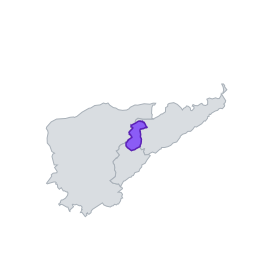 Paraguay and the surrounding countries, rotated 231°
{"feature_id": "PRY", "entity_name": "Paraguay", "entity_type": "country or territory", "adm_level": 0, "iso_a3": "PRY", "parent_name": "South America", "parent_adm1": "", "projection": "equal_earth", "projection_center": [-57.583, -23.42], "detail": "fine", "context": "with_neighbors", "style": "filled", "palette": "violet", "viewbox_px": 256, "rotation_deg": 231, "n_neighbors": 3, "source": "natural_earth", "source_scale": "50m", "svg_char_len": 6719}
<svg xmlns="http://www.w3.org/2000/svg" viewBox="0 0 256 256"><g transform="rotate(231 128 128)"><path d="M95.0,222.9L97.2,226.2L100.1,227.8L103.2,228.5L102.3,229.8L100.3,229.9L99.1,229.0L95.5,228.9L95.0,222.9ZM119.2,153.2L117.9,159.3L117.9,162.7L117.3,163.4L117.0,167.3L120.2,170.1L119.8,172.4L121.3,173.8L121.2,175.4L118.9,179.5L115.3,181.2L110.4,181.9L107.7,181.6L108.3,183.5L107.8,185.8L108.3,187.4L106.9,188.5L104.5,189.0L102.1,187.8L101.2,188.6L101.7,191.7L103.3,192.7L104.6,191.7L105.3,193.3L103.2,194.3L101.4,196.2L101.2,199.3L100.7,200.9L98.5,200.9L96.7,202.4L96.2,204.7L98.6,206.8L100.8,207.4L100.1,210.1L97.6,211.7L96.3,215.1L94.3,216.2L93.5,217.5L94.5,220.5L96.0,222.1L87.7,221.1L86.6,219.5L86.4,217.4L85.0,217.6L84.1,216.5L83.6,213.5L85.2,212.2L85.7,210.4L85.3,208.9L86.3,206.4L86.9,202.5L86.5,200.7L87.4,200.1L87.1,199.0L86.0,198.4L86.7,197.1L85.5,195.9L84.7,192.4L85.6,191.7L84.9,187.9L85.7,181.8L87.1,180.7L86.2,177.5L86.0,174.6L87.7,172.4L87.5,169.7L88.8,166.5L88.7,163.4L88.0,162.8L86.5,157.1L88.0,153.6L87.6,150.3L88.4,147.2L89.9,144.0L91.7,141.9L90.9,140.5L91.4,139.4L91.1,133.6L93.9,131.9L94.7,128.3L94.3,127.4L96.5,124.2L99.9,125.1L101.5,127.6L102.5,124.8L105.5,124.9L110.8,131.4L112.9,131.9L116.1,134.5L118.8,135.8L119.1,137.4L116.6,142.6L122.1,144.1L124.1,143.5L126.5,140.9L126.9,137.8L128.2,137.2L129.5,139.2L129.4,141.9L125.5,145.2L119.2,153.2Z" fill="#d9dde1" stroke="#a8b0b8" stroke-width="1"/><path d="M129.8,165.1L129.1,163.2L130.2,161.6L128.8,159.3L124.3,155.3L123.3,155.4L120.8,152.8L119.2,153.2L125.5,145.2L129.4,141.9L129.5,139.2L128.2,137.2L126.9,137.8L127.8,133.8L127.8,131.9L126.9,131.2L125.9,131.8L125.0,131.6L124.4,127.1L123.9,126.0L122.2,125.1L121.1,125.8L118.3,125.1L118.5,120.3L117.7,118.4L118.6,117.6L118.3,115.6L119.0,114.0L119.5,111.2L118.9,109.0L117.4,108.0L117.1,106.6L117.5,104.5L112.4,104.4L111.4,100.2L112.1,100.1L111.4,95.5L109.9,94.4L108.2,94.4L105.3,92.7L104.2,91.3L101.2,90.7L98.2,87.5L98.3,80.9L94.8,81.5L91.1,84.4L90.5,85.5L87.1,85.2L85.6,85.9L84.3,85.5L84.4,79.9L82.3,82.1L79.9,82.0L78.8,80.1L77.0,79.8L77.6,78.3L76.0,76.1L74.9,72.8L75.6,72.1L75.5,70.6L77.2,69.5L76.9,67.6L77.6,66.3L77.7,64.6L80.8,62.1L83.4,60.8L85.9,61.0L87.1,49.4L86.7,47.3L85.5,46.0L85.5,43.3L87.0,42.7L87.6,43.1L87.6,41.7L86.1,41.3L86.0,39.0L91.3,39.1L92.2,37.8L93.5,41.1L94.0,40.7L95.5,42.6L97.6,42.4L98.1,41.3L101.3,39.8L101.6,38.3L103.5,37.2L103.4,36.4L101.1,36.1L100.8,31.4L99.6,30.4L100.1,30.1L104.3,31.5L105.1,30.6L110.1,28.7L111.1,27.3L110.7,26.2L112.1,26.1L112.8,26.9L112.4,28.5L113.3,29.1L114.0,30.8L113.2,32.1L112.8,35.2L113.7,38.7L115.3,40.5L116.7,40.6L117.0,39.9L119.1,39.1L119.9,38.1L123.6,38.6L123.6,36.1L126.0,36.0L128.8,37.6L129.6,36.6L130.2,36.7L130.6,37.8L131.9,37.5L132.9,36.1L135.4,30.1L136.3,29.9L138.5,38.3L139.9,38.9L140.0,41.4L138.0,44.5L138.8,45.6L143.6,46.1L143.7,49.8L145.8,47.4L153.7,51.0L155.0,53.1L154.6,55.1L157.7,54.0L163.0,55.9L167.1,55.8L171.1,58.8L174.5,62.9L176.6,64.0L178.9,64.1L179.9,65.3L181.1,72.1L179.9,78.1L174.6,85.6L172.8,89.7L170.7,92.8L170.0,92.9L169.2,95.5L169.2,102.3L167.9,110.1L167.0,111.6L166.4,116.3L163.5,120.9L162.9,124.6L160.7,126.1L160.0,128.2L157.2,128.2L153.0,129.5L151.2,131.1L148.2,132.1L145.1,134.9L142.8,138.3L142.3,140.9L142.7,142.8L141.5,147.9L139.7,149.8L136.7,155.8L132.7,160.0L131.5,163.2L129.8,165.1Z" fill="#d9dde1" stroke="#a8b0b8" stroke-width="1"/><path d="M87.1,85.2L90.5,85.5L91.1,84.4L94.8,81.5L98.3,80.9L98.2,87.5L101.2,90.7L104.2,91.3L105.3,92.7L108.2,94.4L109.9,94.4L111.4,95.5L112.1,100.1L111.4,100.2L112.4,104.4L117.5,104.5L117.1,106.6L117.4,108.0L118.9,109.0L119.5,111.2L119.0,114.0L118.3,115.6L118.6,117.6L117.7,118.4L117.7,117.3L115.2,115.4L112.8,115.4L108.2,116.4L106.9,119.5L106.9,121.4L105.9,125.7L105.5,124.9L102.5,124.8L101.5,127.6L99.9,125.1L96.5,124.2L94.3,127.4L92.5,127.9L91.3,123.0L89.8,119.0L90.6,115.6L89.1,114.1L88.7,111.5L87.4,109.1L89.0,105.3L87.7,102.2L88.3,101.0L87.8,99.7L88.8,97.9L88.9,92.3L89.5,91.1L87.1,85.2Z" fill="#d9dde1" stroke="#a8b0b8" stroke-width="1"/><path d="M117.7,118.3L117.8,118.6L117.8,118.8L118.0,119.1L118.2,119.4L118.1,119.6L118.2,119.8L118.2,120.1L118.3,120.1L118.5,120.4L118.4,120.5L118.5,120.7L118.4,120.8L118.5,120.9L118.5,121.0L118.6,121.3L118.6,121.7L118.5,122.0L118.5,122.3L118.5,122.5L118.4,122.7L118.3,123.0L118.4,123.4L118.4,123.6L118.4,123.9L118.3,124.1L118.3,124.3L118.3,124.5L118.2,124.8L118.2,125.0L118.3,125.2L118.5,125.3L118.8,125.2L119.1,125.2L119.3,125.4L119.5,125.5L119.8,125.5L120.2,125.5L120.4,125.5L120.7,125.6L121.0,125.7L121.4,125.7L121.6,125.6L121.8,125.6L121.9,125.4L122.0,125.3L122.0,125.1L122.4,125.1L122.5,125.4L122.7,125.6L122.8,125.7L122.9,125.8L123.2,125.8L123.4,125.8L123.7,125.9L123.8,125.9L123.9,126.0L124.1,126.2L124.1,126.6L124.2,126.9L124.3,127.0L124.4,127.4L124.3,127.6L124.3,127.9L124.4,128.1L124.4,128.4L124.4,128.6L124.5,128.8L124.6,129.2L124.6,129.4L124.6,129.6L124.7,129.8L124.6,130.1L124.6,130.3L124.7,130.5L124.8,130.7L124.8,131.1L124.8,131.3L124.9,131.6L125.0,131.8L125.5,131.9L125.8,131.8L126.0,131.7L126.5,131.4L126.9,131.2L127.0,131.1L127.2,131.3L127.5,131.5L128.0,132.0L127.9,132.0L127.8,132.5L127.9,132.9L127.8,133.6L127.5,134.8L127.4,135.5L127.3,136.0L127.0,136.8L127.0,137.3L126.9,138.8L126.8,139.8L126.6,140.6L126.4,141.0L126.2,141.0L126.0,141.4L125.9,141.5L125.7,141.7L125.6,141.8L125.6,142.0L125.4,142.1L125.0,142.1L124.8,142.2L124.8,142.4L124.6,142.6L124.4,142.9L124.4,143.2L124.3,143.4L124.1,143.6L123.9,143.6L123.7,143.4L123.2,143.3L122.9,143.3L122.7,143.5L122.4,144.0L122.2,144.1L122.0,143.9L121.8,143.8L121.5,143.9L121.3,143.9L121.1,143.7L120.8,143.7L120.5,143.8L119.8,143.7L118.7,143.3L117.8,143.1L116.6,143.3L116.5,142.9L116.6,142.7L116.8,142.5L116.9,142.3L116.9,142.1L117.1,141.9L117.3,141.8L117.4,141.7L117.5,141.4L117.6,141.1L117.7,140.9L117.7,140.4L117.7,140.1L117.7,139.8L117.8,139.7L117.9,139.4L118.0,139.2L118.3,138.9L118.5,138.8L118.5,138.6L118.5,138.4L118.8,138.0L118.8,137.8L118.8,137.7L119.2,137.4L119.3,137.1L119.3,136.9L119.3,136.7L119.1,136.4L118.6,135.8L118.3,135.4L117.8,135.2L117.5,135.1L117.4,135.2L117.2,135.1L117.1,134.9L116.8,134.7L116.3,134.5L115.1,133.8L114.6,133.4L114.4,133.1L114.0,132.7L113.3,132.1L112.7,131.8L112.3,131.8L111.7,131.7L110.8,131.3L110.3,130.9L110.1,130.6L109.8,130.2L109.3,129.9L109.0,129.7L108.9,129.4L108.6,129.2L108.3,128.9L107.9,128.5L107.5,127.8L107.1,126.9L106.7,126.3L106.3,126.0L106.1,125.8L106.1,125.7L106.0,125.4L106.2,124.7L106.4,123.7L106.6,122.7L106.9,121.5L106.9,120.6L106.9,119.7L107.3,119.0L107.6,118.4L107.8,117.9L108.1,117.0L108.2,116.5L108.9,116.3L110.0,116.0L110.5,115.9L111.7,115.6L112.9,115.2L114.1,115.2L115.3,115.2L116.2,115.9L116.9,116.5L117.7,117.1L117.8,117.7L117.7,118.3Z" fill="#8b5cf6" stroke="#5b21b6" stroke-width="1.5"/></g></svg>